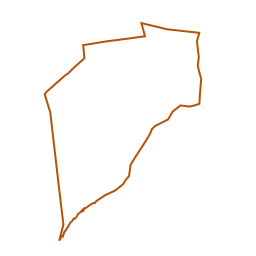 Atar, Adrar, Mauritania (Albers equal-area conic projection), rotated 352°
{"feature_id": "47542326B12791497255333", "entity_name": "Atar", "entity_type": "district", "adm_level": 2, "iso_a3": "MRT", "parent_name": "Mauritania", "parent_adm1": "Adrar", "projection": "albers", "projection_center": [-13.574, 20.45], "detail": "fine", "context": "isolated", "style": "outline", "palette": "amber", "viewbox_px": 256, "rotation_deg": 352, "n_neighbors": 0, "source": "geoboundaries", "source_scale": "gbopen_adm2", "svg_char_len": 1076}
<svg xmlns="http://www.w3.org/2000/svg" viewBox="0 0 256 256"><g transform="rotate(352 128 128)"><path d="M44.2,230.0L46.7,226.7L47.8,225.8L48.5,226.3L49.1,224.8L50.8,221.6L51.8,220.9L55.4,216.8L57.7,213.7L60.1,212.1L60.6,211.2L61.7,210.2L62.2,210.6L63.9,209.6L65.0,208.4L66.3,206.3L68.6,205.1L69.2,204.8L69.8,204.3L70.3,203.8L70.8,203.2L71.1,203.7L71.4,203.2L71.8,202.8L71.9,203.3L72.2,203.7L72.7,203.1L73.6,201.3L74.3,201.5L75.3,201.2L80.7,198.4L83.6,197.4L84.9,197.7L85.3,197.1L86.7,195.8L95.2,191.8L96.6,191.2L106.9,188.0L115.4,182.9L118.9,178.7L122.4,175.7L125.3,165.0L129.1,160.3L129.9,159.3L139.8,148.0L144.6,142.3L148.7,137.3L151.7,132.2L155.6,129.6L168.9,125.1L174.4,118.0L183.1,113.0L192.4,115.4L198.2,114.7L202.1,114.0L203.7,105.6L207.3,89.7L205.7,76.4L208.0,67.6L208.1,60.9L208.4,51.5L211.8,43.7L180.2,35.6L155.9,26.0L157.6,39.5L142.0,39.5L118.8,39.2L97.0,39.7L95.2,39.6L94.7,48.5L94.6,51.1L94.5,52.9L82.5,60.9L82.4,61.0L76.2,65.7L73.6,66.8L52.5,80.7L50.2,83.0L53.2,102.0L51.4,175.2L50.6,214.6L44.2,230.0Z" fill="none" stroke="#b45309" stroke-width="2"/></g></svg>